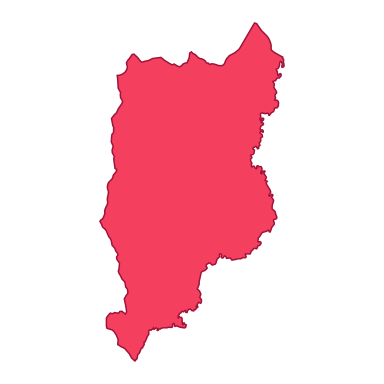 Waeng, Narathiwat, Thailand
{"feature_id": "78962969B84911065588507", "entity_name": "Waeng", "entity_type": "district", "adm_level": 2, "iso_a3": "THA", "parent_name": "Thailand", "parent_adm1": "Narathiwat", "projection": "robinson", "projection_center": [101.893, 5.891], "detail": "fine", "context": "isolated", "style": "filled", "palette": "rose", "viewbox_px": 384, "rotation_deg": 0, "n_neighbors": 0, "source": "geoboundaries", "source_scale": "gbopen_adm2", "svg_char_len": 6017}
<svg xmlns="http://www.w3.org/2000/svg" viewBox="0 0 384 384"><path d="M254.5,23.0L239.8,48.2L238.4,49.9L234.6,52.9L229.3,55.7L226.7,58.7L225.6,60.6L224.5,63.6L222.9,65.3L221.1,65.7L219.2,65.7L213.9,64.0L211.5,63.8L209.6,64.5L208.3,63.1L206.5,63.0L205.4,61.1L203.8,59.8L201.9,58.9L199.7,58.5L197.8,57.3L196.4,55.6L194.8,54.3L193.1,53.6L191.4,51.9L189.7,53.0L189.2,57.7L187.0,62.9L185.1,63.1L183.2,63.9L181.5,65.8L179.6,66.8L177.8,66.2L174.0,64.0L172.3,64.9L170.1,63.8L164.4,60.3L160.9,57.4L152.7,58.5L148.6,60.5L144.0,61.5L141.9,62.3L140.3,61.0L137.3,57.2L133.9,54.1L132.1,54.5L129.5,58.4L127.7,60.5L126.4,62.9L127.4,67.0L126.8,69.4L125.3,71.9L123.4,73.5L121.5,74.5L119.5,75.3L117.2,75.4L117.8,80.3L118.2,88.2L120.5,92.4L120.3,94.8L120.6,97.8L121.9,99.8L122.6,101.9L121.6,104.0L118.5,108.5L116.4,112.9L114.3,114.8L111.5,118.5L112.8,125.5L113.7,127.4L113.5,132.6L112.0,134.3L111.6,136.7L111.3,141.9L113.2,146.1L112.1,150.2L112.3,152.7L114.3,156.4L113.7,158.8L115.0,168.4L116.7,169.6L116.1,171.8L113.3,175.1L112.9,177.1L112.0,179.0L108.9,182.1L107.9,183.9L107.4,186.3L107.5,188.7L108.4,191.2L108.3,193.9L107.3,198.5L107.7,203.4L105.3,208.6L104.7,210.7L104.8,213.7L103.8,216.4L102.7,218.8L101.0,219.8L99.9,221.4L101.4,223.9L102.5,226.9L106.0,230.2L108.9,236.9L110.2,238.4L111.2,240.5L112.1,245.2L114.8,248.3L115.8,251.0L117.2,252.9L118.0,255.0L116.5,257.1L116.9,259.4L119.5,263.1L119.1,268.4L118.3,271.2L119.2,273.7L120.5,275.7L121.9,278.9L124.9,282.1L125.7,287.1L127.2,288.8L127.8,291.2L127.8,293.6L126.5,295.0L124.3,298.8L126.0,307.2L126.6,312.1L125.3,314.0L121.8,311.2L119.8,311.5L118.6,313.2L114.6,312.6L112.5,313.7L110.2,313.1L107.3,316.5L106.4,318.3L106.4,326.1L107.0,328.3L112.3,330.0L114.3,331.8L116.6,335.6L118.2,339.7L117.7,344.5L121.3,346.8L123.4,347.7L125.3,349.1L129.3,353.8L131.6,358.0L134.9,361.0L135.5,360.4L135.5,359.8L136.5,359.4L137.2,358.0L137.7,354.7L139.5,352.9L141.3,348.2L142.5,347.9L143.4,345.7L144.1,344.9L144.2,343.8L143.9,342.4L145.1,341.9L147.4,336.3L148.9,334.2L148.6,332.8L149.1,330.2L149.9,329.9L151.0,330.3L151.9,329.4L152.6,329.2L153.3,328.0L154.0,329.3L154.8,329.0L155.8,327.9L156.7,328.1L157.5,328.9L157.1,330.2L157.7,330.5L158.3,330.3L158.0,329.4L158.3,328.8L159.9,329.2L161.2,328.3L163.2,327.8L167.2,327.8L168.2,327.3L172.0,327.4L172.5,326.5L172.5,324.3L173.7,323.5L174.3,323.9L174.4,325.7L174.9,326.4L176.6,325.9L180.4,327.3L184.3,327.9L185.1,327.7L185.8,327.0L186.2,324.9L184.7,324.0L184.1,322.9L183.5,323.0L183.2,324.6L182.7,324.6L182.4,324.1L182.0,318.3L181.6,317.5L180.2,317.4L179.2,316.5L178.6,317.7L178.1,317.8L178.3,315.6L179.2,314.5L179.4,313.5L180.8,312.9L182.0,311.3L183.7,311.8L184.7,310.5L185.2,310.4L185.6,310.8L185.8,312.3L187.0,312.5L187.3,312.1L187.4,311.0L188.9,309.2L190.6,309.3L192.0,310.7L193.8,310.9L194.2,309.6L195.2,309.7L196.5,308.5L196.2,306.2L196.6,306.2L197.5,307.2L197.9,307.0L197.1,304.8L198.5,302.4L199.0,302.3L200.3,303.3L201.2,302.8L201.5,301.1L201.4,299.6L199.9,297.6L200.1,296.1L200.8,294.6L200.6,293.4L199.3,290.8L197.6,289.3L197.5,288.4L199.1,284.5L199.2,281.5L201.2,272.4L202.4,271.3L204.7,270.6L207.1,268.4L207.0,267.5L206.1,265.9L206.3,264.6L209.3,262.8L210.3,263.3L212.2,265.1L215.3,264.1L215.9,263.1L217.0,259.3L219.5,256.8L219.5,254.2L220.0,253.8L220.8,253.9L221.6,254.8L221.2,257.0L221.6,257.7L222.4,258.0L223.2,257.8L224.3,256.0L224.8,255.9L225.8,256.6L226.6,258.4L230.1,257.9L231.9,260.1L236.1,259.4L237.5,258.8L240.6,258.8L243.0,257.6L245.7,257.7L246.2,256.6L245.3,254.3L245.5,253.8L250.0,254.0L250.5,253.4L251.1,251.3L252.7,250.0L253.4,248.8L254.7,248.3L256.5,248.8L257.2,248.0L257.8,246.0L259.6,245.3L260.6,244.3L261.1,242.9L260.6,241.9L260.0,241.6L258.3,241.9L258.0,241.7L257.9,240.9L258.4,237.8L260.0,236.1L261.7,233.3L262.6,232.4L266.4,231.3L268.4,230.2L268.7,230.4L269.3,231.9L270.2,231.9L272.0,227.0L274.2,224.3L274.3,222.9L273.5,221.0L273.6,220.1L274.3,219.5L276.3,218.8L276.8,218.2L276.7,216.4L276.0,215.1L275.1,211.6L274.4,210.7L272.8,209.7L272.1,208.5L272.2,205.4L273.6,200.8L273.5,200.0L271.8,197.7L271.9,196.7L272.7,195.8L272.9,195.0L272.4,194.5L271.5,194.4L269.7,196.2L269.0,195.7L269.0,194.8L270.6,192.6L270.7,191.8L270.0,189.9L266.5,184.2L266.3,182.6L267.3,181.3L265.0,180.2L266.3,177.8L266.2,176.9L263.9,173.3L264.0,172.5L264.9,171.8L264.9,171.1L264.1,170.9L262.4,171.5L262.0,172.1L261.9,173.7L261.4,173.8L260.9,173.3L260.8,172.3L262.1,169.4L261.6,167.4L261.0,166.6L258.9,166.6L257.9,165.7L257.3,165.8L256.6,166.5L256.9,168.2L256.2,168.7L255.5,168.3L253.9,166.1L253.3,166.1L252.1,166.8L251.7,166.7L251.3,165.0L251.9,163.2L250.9,161.5L250.5,159.7L250.8,158.9L251.8,157.8L251.9,157.2L250.6,155.6L251.0,155.1L252.9,154.4L253.9,153.5L254.5,150.4L254.1,149.7L252.9,148.9L253.1,147.8L255.8,146.4L256.3,146.6L257.6,148.8L258.6,148.5L258.7,146.7L259.9,145.3L259.2,142.8L260.5,141.7L260.8,140.3L260.6,138.3L261.0,137.7L262.5,136.8L262.0,134.4L260.3,133.4L260.0,132.6L260.4,131.7L261.1,131.4L262.5,132.1L263.2,132.1L263.3,130.9L262.4,129.9L260.5,129.8L260.0,129.1L260.9,126.1L263.1,124.8L263.5,124.2L263.4,123.5L262.9,122.9L261.4,122.7L261.1,122.1L263.4,120.1L263.7,118.9L263.4,118.3L262.4,118.2L261.7,118.7L261.3,120.4L260.7,120.5L260.3,120.1L259.9,118.4L260.9,117.1L260.4,114.7L260.5,113.6L261.7,112.9L265.3,113.7L267.5,113.1L268.3,113.7L268.8,115.2L269.4,115.3L271.4,112.7L273.0,111.9L273.9,110.9L274.5,108.4L275.6,107.8L276.9,107.9L278.3,106.2L278.6,102.9L278.1,101.2L276.8,100.1L275.1,100.3L274.6,99.9L275.6,97.8L275.0,96.0L275.2,94.5L276.5,93.2L276.6,92.4L276.1,90.9L274.1,87.9L273.8,86.2L274.4,84.9L274.4,84.0L272.8,81.7L273.3,81.2L275.5,80.7L277.2,77.9L279.4,78.0L281.1,75.8L281.1,74.2L280.3,73.6L279.5,73.9L278.6,75.6L277.7,75.1L277.3,71.7L276.3,69.5L276.6,68.9L277.9,68.5L278.6,67.7L279.5,65.3L279.7,62.6L280.4,61.5L281.1,61.7L282.0,63.1L282.2,64.5L281.8,66.3L281.9,67.1L282.8,67.3L283.9,66.4L284.1,65.3L283.4,61.8L283.7,59.8L282.5,58.0L282.8,57.2L274.9,52.8L271.9,50.6L271.1,49.3L271.1,45.2L270.5,42.7L268.8,38.7L267.1,36.2L261.6,30.7L256.6,23.6L254.5,23.0Z" fill="#f43f5e" stroke="#9f1239" stroke-width="1.5"/></svg>